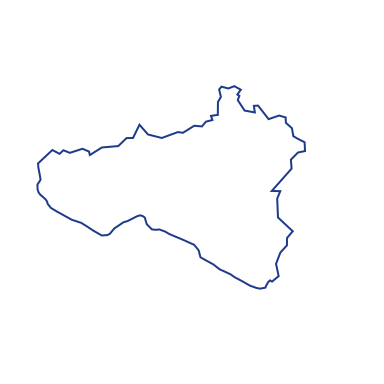 outline of Pehchevo, Pehčevo, North Macedonia, rotated 141°
{"feature_id": "65306769B44883072269450", "entity_name": "Pehchevo", "entity_type": "district", "adm_level": 2, "iso_a3": "MKD", "parent_name": "North Macedonia", "parent_adm1": "Pehčevo", "projection": "mercator", "projection_center": [22.916, 41.784], "detail": "fine", "context": "isolated", "style": "outline", "palette": "blue", "viewbox_px": 384, "rotation_deg": 141, "n_neighbors": 0, "source": "geoboundaries", "source_scale": "gbopen_adm2", "svg_char_len": 1555}
<svg xmlns="http://www.w3.org/2000/svg" viewBox="0 0 384 384"><g transform="rotate(141 192 192)"><path d="M293.7,311.1L296.0,307.7L300.1,300.1L302.0,296.8L307.4,295.1L310.5,291.0L311.5,288.0L311.6,284.9L311.3,284.0L310.4,278.4L310.7,275.5L311.6,273.9L311.7,268.4L309.0,261.1L305.2,251.8L302.9,246.1L297.6,237.9L295.5,232.0L293.2,224.6L289.5,215.0L284.9,211.8L282.3,211.2L275.1,212.6L274.5,212.5L264.3,211.6L260.2,209.9L249.8,207.7L246.7,206.3L245.3,203.9L244.8,201.8L247.4,195.5L246.7,188.2L243.8,185.3L241.0,183.5L237.8,178.2L236.2,173.9L233.2,168.2L229.2,160.8L224.9,152.2L223.6,149.8L223.5,143.6L223.8,141.6L225.0,139.4L226.5,135.9L224.4,130.6L221.0,122.3L219.1,114.3L217.0,110.2L213.9,103.9L212.5,99.0L209.3,91.5L205.9,82.8L202.5,77.2L200.2,74.3L198.4,73.2L195.2,71.5L192.7,72.8L189.3,74.1L187.0,74.2L186.2,72.0L177.6,72.1L171.9,83.3L161.5,89.3L151.8,90.8L147.0,96.5L138.4,98.1L141.2,118.1L130.0,133.2L122.9,137.1L129.3,142.6L99.9,147.5L94.8,154.9L84.8,156.0L78.4,152.7L73.2,159.8L76.7,167.8L78.1,171.6L74.2,178.7L75.5,186.7L72.3,191.0L76.2,196.6L86.6,200.4L86.3,217.6L89.7,220.0L93.1,214.3L99.9,222.2L98.6,234.6L94.7,236.9L95.4,239.2L89.7,240.8L92.5,247.6L98.6,249.6L102.8,255.3L106.4,254.6L109.7,247.7L115.2,245.6L123.4,235.7L129.3,239.2L130.9,235.1L136.9,237.9L143.0,236.7L148.6,242.1L161.7,243.7L165.4,247.5L181.5,253.0L190.0,264.4L190.5,277.3L203.9,271.1L208.9,275.1L220.4,274.1L234.0,283.3L248.1,285.0L246.6,288.3L249.9,294.5L262.3,299.3L265.7,305.4L270.9,305.0L274.1,312.5L293.7,311.1Z" fill="none" stroke="#1e3a8a" stroke-width="2"/></g></svg>